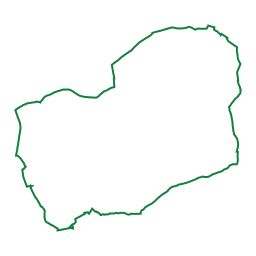 Banisor, Salaj, Romania
{"feature_id": "2599482B3406770418233", "entity_name": "Banisor", "entity_type": "district", "adm_level": 2, "iso_a3": "ROU", "parent_name": "Romania", "parent_adm1": "Salaj", "projection": "mercator", "projection_center": [22.832, 47.107], "detail": "fine", "context": "isolated", "style": "outline", "palette": "green", "viewbox_px": 256, "rotation_deg": 0, "n_neighbors": 0, "source": "geoboundaries", "source_scale": "gbopen_adm2", "svg_char_len": 5695}
<svg xmlns="http://www.w3.org/2000/svg" viewBox="0 0 256 256"><path d="M140.6,213.7L140.6,212.9L141.3,210.9L141.6,210.4L142.0,210.1L143.0,209.8L143.4,209.6L143.8,209.1L144.1,208.7L144.9,207.7L146.3,206.6L149.2,204.8L150.9,204.1L152.2,203.3L153.0,202.6L154.6,201.3L155.8,200.2L157.2,198.8L158.7,197.4L162.4,194.5L164.9,192.9L165.1,192.8L167.1,191.5L167.6,191.1L168.6,189.6L170.2,188.2L172.0,187.0L172.4,186.8L172.9,186.7L175.1,186.1L177.0,185.7L177.7,185.0L178.4,184.7L183.1,183.7L188.0,182.3L195.6,179.3L197.2,178.5L197.3,178.3L199.5,177.5L201.4,177.0L202.7,176.5L203.1,176.5L203.6,176.8L204.4,177.0L207.4,177.0L208.0,176.9L210.0,176.0L212.5,174.5L213.2,174.1L216.0,173.3L216.5,173.0L219.1,172.0L221.5,171.4L222.3,171.0L223.5,169.9L224.1,169.5L226.7,168.6L228.1,167.6L229.0,166.4L229.3,165.9L230.0,165.3L230.9,164.9L232.3,164.5L232.9,164.4L233.1,164.2L233.6,164.1L234.4,164.1L235.9,164.4L236.4,164.4L236.8,164.3L237.1,163.8L237.5,162.4L237.7,161.3L237.8,160.2L237.8,159.1L237.7,157.9L237.5,156.7L237.6,155.7L237.6,154.8L237.9,153.3L237.7,152.9L237.8,151.9L236.7,151.7L236.9,151.0L237.1,149.9L237.5,148.7L238.2,144.9L237.9,142.4L237.6,140.7L237.1,138.7L235.9,137.0L235.7,136.4L234.3,134.7L234.0,134.1L233.8,132.5L233.3,130.8L233.1,128.3L232.7,126.2L232.4,121.5L231.7,118.1L231.7,117.7L231.5,117.0L231.3,116.0L231.2,114.8L231.0,114.1L230.7,113.9L230.4,112.3L230.0,111.6L229.7,110.9L229.7,110.4L229.0,107.1L230.9,104.6L231.1,104.1L232.9,101.9L233.9,100.5L234.5,99.8L234.8,99.3L235.8,98.3L236.8,97.5L237.6,97.0L238.0,96.1L238.3,96.0L238.7,95.6L238.8,95.0L239.1,94.6L239.7,94.2L240.3,93.1L240.5,92.6L240.5,91.6L240.4,91.3L240.4,90.9L240.6,90.6L240.5,89.9L240.5,89.5L240.6,89.2L240.1,88.3L239.9,87.6L240.0,87.3L239.2,85.6L238.8,84.7L238.5,84.2L238.4,83.3L238.3,82.6L237.9,81.7L237.7,81.4L237.7,81.1L237.8,80.8L238.2,80.5L237.9,79.5L238.0,79.3L238.1,78.9L237.5,75.8L237.2,73.2L237.1,72.4L237.4,71.5L237.7,70.7L238.0,70.3L238.2,69.2L238.8,68.1L240.4,64.0L238.3,59.9L238.0,59.0L237.6,56.8L237.4,54.3L236.9,51.0L236.8,49.4L237.1,47.2L231.1,43.2L230.2,42.5L229.5,42.1L228.6,41.4L227.9,40.6L226.9,39.0L227.1,38.5L227.5,37.9L224.3,35.8L223.2,35.0L222.1,34.4L221.6,33.9L221.1,34.4L220.7,35.1L220.2,34.2L219.2,33.4L218.3,32.5L217.0,31.3L216.4,31.1L214.2,29.9L214.0,29.6L214.4,27.3L211.3,26.5L208.8,25.7L208.2,25.6L208.1,26.2L207.6,26.8L206.7,28.6L201.5,28.8L199.0,28.6L197.8,28.6L196.8,29.0L195.4,29.6L195.0,29.6L194.0,28.9L190.3,27.1L189.2,26.8L188.0,27.0L186.9,27.6L186.2,27.8L184.7,28.1L184.0,28.1L183.5,28.2L182.2,28.4L181.2,28.4L178.5,28.5L177.5,28.3L176.4,28.3L175.0,27.9L174.0,27.7L173.0,27.5L172.0,27.5L171.0,27.6L170.7,27.7L170.6,27.9L170.1,27.9L160.0,30.9L154.5,32.2L152.9,32.9L152.4,32.9L152.1,33.8L151.2,34.7L150.2,35.6L147.7,37.2L144.8,38.9L140.0,42.0L138.9,42.9L134.1,47.4L132.0,49.8L131.5,50.2L131.4,50.2L131.1,50.7L130.9,50.9L130.7,51.1L129.5,51.5L129.1,51.7L127.5,53.0L125.5,54.3L124.3,55.1L122.6,56.4L121.9,56.8L118.8,59.6L116.9,61.1L114.9,62.5L111.8,64.8L113.5,74.4L113.7,75.0L113.8,75.4L114.1,76.4L114.2,77.6L114.3,78.5L113.8,78.5L113.8,79.0L114.0,81.1L114.3,87.1L111.4,87.8L110.5,88.2L106.3,90.6L104.0,91.4L102.9,92.3L102.2,93.0L100.1,94.6L98.9,95.9L97.7,96.9L96.5,97.6L96.1,97.7L94.9,97.6L93.1,97.6L91.1,97.3L89.1,97.4L88.2,97.2L84.7,96.9L81.7,96.3L79.8,95.7L79.2,95.5L73.8,92.1L71.8,90.7L69.5,89.7L68.9,89.7L68.2,89.5L67.8,89.5L67.0,89.6L65.3,89.5L64.6,89.7L64.0,89.6L63.7,89.5L63.4,89.5L62.9,89.7L61.8,89.9L60.6,90.4L58.8,90.8L58.4,91.0L57.0,91.5L56.0,91.7L55.0,92.1L54.3,92.5L53.8,92.6L52.8,93.3L51.7,93.8L50.6,94.4L48.6,95.2L47.8,95.3L46.5,95.8L44.9,96.8L44.0,97.6L43.1,98.6L42.7,99.5L41.8,100.3L41.3,101.1L40.8,101.6L40.3,102.4L40.2,102.3L39.4,102.2L38.9,102.0L37.1,101.8L36.7,101.6L35.9,101.7L35.1,102.2L32.4,102.5L31.5,102.7L27.9,103.2L26.0,103.9L23.4,105.0L22.7,105.3L22.0,105.9L19.3,107.4L17.0,108.8L15.4,110.1L15.5,110.7L16.2,112.5L17.5,116.4L19.3,121.2L20.0,123.1L20.5,127.2L20.4,129.3L19.3,136.1L18.9,138.7L18.4,141.7L18.2,144.0L17.6,146.6L17.4,147.8L17.2,150.2L17.0,150.5L16.0,155.6L17.4,155.7L18.8,156.7L20.6,158.4L21.0,159.0L22.3,161.0L23.4,162.5L24.2,163.9L24.7,165.6L25.1,166.3L25.7,166.7L24.2,168.3L24.2,168.6L23.3,168.9L23.1,169.3L22.3,169.7L23.3,176.8L25.3,182.4L27.0,186.7L27.8,186.4L29.2,186.2L30.1,185.9L30.6,185.5L31.0,186.1L31.9,186.1L31.0,186.9L30.7,187.6L30.7,187.9L33.1,192.9L35.0,196.7L35.6,197.6L36.2,198.0L36.4,198.3L36.5,198.8L37.3,199.9L37.9,200.7L38.3,201.9L38.7,202.1L40.7,206.2L40.9,206.5L41.1,206.6L41.7,206.5L42.0,206.8L43.7,208.8L43.9,209.1L44.1,209.6L44.8,210.7L44.5,214.1L44.6,215.7L44.4,217.0L45.4,220.9L46.2,222.0L48.9,223.4L49.4,223.7L50.3,224.5L50.5,224.5L50.8,224.7L51.3,225.1L51.7,225.2L52.0,225.2L52.5,225.4L56.9,228.2L57.7,228.5L57.7,229.6L57.6,230.4L63.5,229.3L70.6,227.9L73.0,228.5L72.9,226.8L72.6,226.4L71.9,225.9L71.4,225.7L71.0,225.8L72.2,224.5L74.1,223.8L75.0,222.8L75.7,222.1L75.8,221.8L75.8,221.6L75.3,219.5L75.2,219.2L75.3,219.0L84.7,213.9L84.6,213.5L84.2,213.0L84.7,212.7L85.3,212.5L85.7,212.5L86.1,212.8L87.7,212.2L88.3,212.5L88.6,213.5L88.9,213.8L89.1,213.7L89.5,213.1L92.2,208.7L94.1,210.6L95.1,211.4L95.9,211.8L96.2,211.8L96.5,211.6L97.1,212.0L97.6,212.6L98.4,212.5L100.1,214.3L100.4,214.9L100.7,215.1L101.5,215.0L102.0,214.5L102.6,214.2L103.7,214.3L104.1,214.7L105.3,214.6L105.9,214.3L106.6,214.4L107.1,214.3L107.9,214.4L108.5,214.3L108.9,214.0L109.4,213.5L109.7,213.4L110.0,213.4L110.5,213.6L110.8,213.5L112.1,213.6L114.1,213.4L115.3,213.1L117.0,213.0L117.4,213.0L118.5,213.4L120.2,212.9L121.6,212.8L122.2,212.9L123.7,212.9L124.2,212.9L125.7,213.5L126.3,213.9L126.9,214.2L128.7,214.6L129.7,214.5L130.8,213.7L131.4,213.7L133.3,213.9L136.4,213.9L138.5,213.8L140.6,213.7Z" fill="none" stroke="#15803d" stroke-width="2"/></svg>